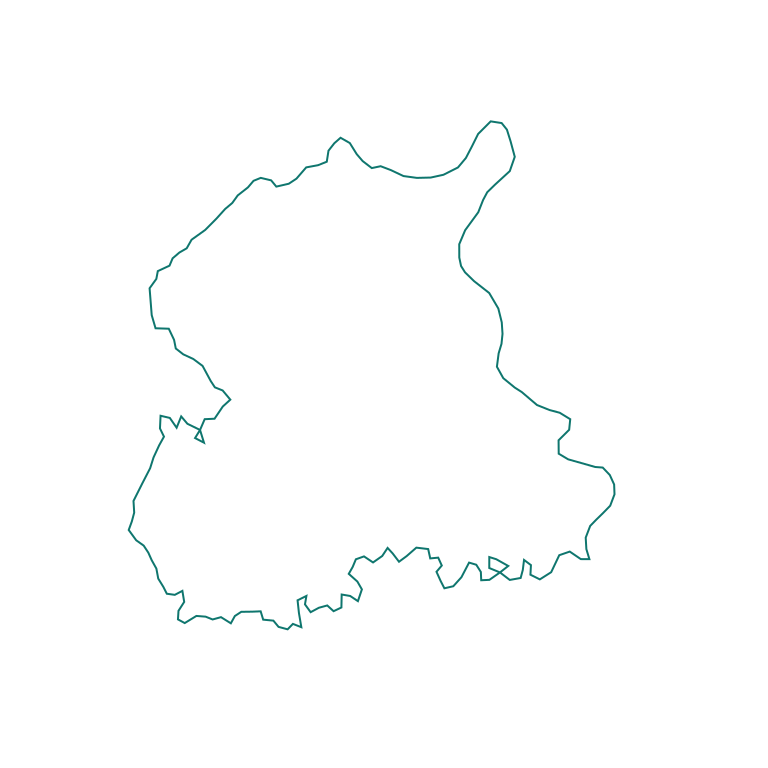 the district of Itambé, Paraná, Brazil, rotated 195°
{"feature_id": "56859067B60705951788517", "entity_name": "Itambé", "entity_type": "district", "adm_level": 2, "iso_a3": "BRA", "parent_name": "Brazil", "parent_adm1": "Paraná", "projection": "orthographic", "projection_center": [-52.013, -23.715], "detail": "fine", "context": "isolated", "style": "outline", "palette": "teal", "viewbox_px": 768, "rotation_deg": 195, "n_neighbors": 0, "source": "geoboundaries", "source_scale": "gbopen_adm2", "svg_char_len": 2664}
<svg xmlns="http://www.w3.org/2000/svg" viewBox="0 0 768 768"><g transform="rotate(195 384 384)"><path d="M549.8,292.0L563.6,294.7L571.5,300.2L573.0,288.1L582.1,295.8L591.6,295.5L588.9,283.1L582.9,276.2L585.3,266.6L587.6,253.4L588.1,242.1L591.7,225.6L595.7,206.2L592.0,195.1L592.0,186.0L592.8,176.9L582.9,168.9L574.3,165.7L568.0,160.1L562.8,153.7L556.1,146.8L551.7,137.6L544.6,130.9L539.5,125.2L531.5,126.2L525.2,132.0L520.6,121.8L523.8,111.7L522.1,103.3L514.6,101.5L505.2,111.4L496.1,113.1L488.6,112.2L481.1,116.6L470.0,113.2L468.0,121.3L462.9,127.0L452.3,130.0L444.3,132.5L439.7,125.1L429.6,126.8L423.0,122.1L413.6,122.1L409.9,128.7L400.9,127.7L406.9,140.8L411.5,152.7L404.1,159.2L403.3,150.7L395.8,144.6L389.0,151.0L381.5,155.4L373.9,151.5L367.3,157.1L370.4,169.7L361.8,170.5L353.0,167.5L352.2,179.9L358.6,186.3L368.9,191.5L366.9,199.2L365.8,207.4L358.7,212.3L348.4,208.8L341.2,217.4L338.1,226.6L331.8,222.6L323.5,216.2L317.6,223.6L310.4,234.3L298.6,236.0L294.2,227.5L286.7,230.3L281.2,223.6L284.7,216.2L278.4,208.5L272.8,202.3L264.7,206.6L259.2,217.4L255.6,233.5L248.1,233.3L241.8,227.5L239.3,219.6L231.5,222.1L223.2,232.0L211.8,227.3L201.8,232.0L201.8,240.3L203.2,250.3L195.2,247.1L193.2,237.7L182.9,235.6L173.8,245.5L170.4,264.0L161.2,270.2L148.6,265.8L140.3,268.0L145.8,276.9L149.4,287.8L148.1,300.3L143.8,308.0L139.1,315.9L134.0,325.0L132.8,337.1L135.7,346.5L142.3,354.5L151.1,359.9L158.5,358.5L186.6,358.9L197.2,361.9L200.8,374.8L193.3,387.7L195.0,398.2L206.8,401.7L217.4,401.7L230.8,403.3L248.9,411.9L256.8,414.4L270.3,420.5L279.4,429.9L281.2,443.3L280.9,453.2L282.5,463.1L286.2,474.0L293.1,486.5L305.9,499.1L323.5,506.6L334.6,512.8L340.1,517.9L344.0,525.6L347.5,538.5L345.4,553.6L337.4,574.3L335.9,587.4L333.9,596.0L328.3,605.4L317.6,622.2L316.5,637.3L324.5,651.1L331.1,661.5L337.9,666.5L348.9,665.3L357.8,649.9L360.6,636.1L363.4,623.5L368.6,612.3L380.7,601.5L392.3,595.5L405.6,591.6L419.0,589.9L432.8,592.4L443.6,593.5L451.7,589.4L462.3,593.8L469.9,599.0L479.4,607.9L489.7,610.6L494.3,603.7L498.0,595.0L496.8,583.9L504.3,578.3L515.2,573.1L521.7,559.7L527.8,552.8L539.1,546.8L545.7,551.5L556.4,551.2L562.6,546.5L566.3,538.7L574.1,528.3L577.4,519.6L582.7,512.0L588.7,500.3L596.6,486.5L607.2,473.6L609.7,464.0L615.7,458.0L620.7,450.7L621.8,442.8L631.7,434.5L631.1,426.6L635.2,415.8L626.2,390.4L619.1,378.7L606.2,381.7L598.2,372.3L594.3,364.4L585.6,360.7L574.7,358.8L563.9,354.5L552.1,342.0L546.5,337.0L538.2,336.0L528.4,329.1L533.9,320.5L538.7,306.6L548.1,303.6L549.8,292.0ZM223.2,232.0L234.7,233.5L237.5,244.1L230.2,243.8L216.9,240.4L223.2,232.0ZM549.8,292.0L542.7,280.7L552.5,282.9L549.8,292.0Z" fill="none" stroke="#0f766e" stroke-width="2"/></g></svg>